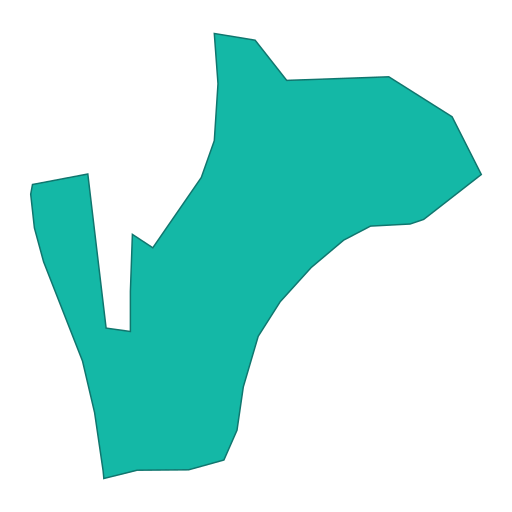 the border of Rucavas
{"feature_id": "LVA-5718", "entity_name": "Rucavas", "entity_type": "Municipality", "adm_level": 1, "iso_a3": "LVA", "parent_name": "Latvia", "parent_adm1": "", "projection": "orthographic", "projection_center": [21.181, 56.214], "detail": "fine", "context": "isolated", "style": "filled", "palette": "teal", "viewbox_px": 512, "rotation_deg": 0, "n_neighbors": 0, "source": "natural_earth", "source_scale": "10m", "svg_char_len": 564}
<svg xmlns="http://www.w3.org/2000/svg" viewBox="0 0 512 512"><path d="M481.3,174.5L423.7,219.4L410.1,224.0L370.5,226.1L343.7,240.1L311.2,267.5L280.2,301.7L258.2,336.3L243.3,386.9L237.0,430.2L223.9,460.0L188.6,469.8L137.1,470.2L103.8,478.5L103.8,478.0L103.1,470.7L94.6,412.6L82.5,361.0L43.6,261.8L34.4,227.9L30.7,194.2L32.5,184.5L87.8,174.0L106.1,328.1L130.4,331.5L130.4,291.3L132.4,234.4L152.8,247.8L201.3,177.5L214.3,140.7L218.0,83.8L214.3,33.5L255.1,40.2L286.7,80.4L388.8,76.8L452.1,116.8L481.3,174.5Z" fill="#14b8a6" stroke="#0f766e" stroke-width="1.5"/></svg>